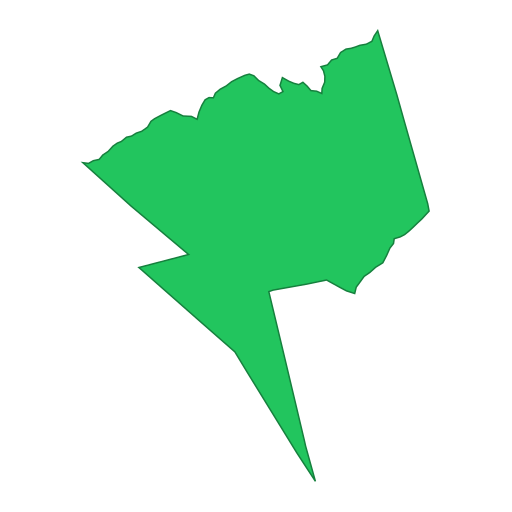 Italva, Rio de Janeiro, Brazil
{"feature_id": "56859067B48628253116757", "entity_name": "Italva", "entity_type": "district", "adm_level": 2, "iso_a3": "BRA", "parent_name": "Brazil", "parent_adm1": "Rio de Janeiro", "projection": "orthographic", "projection_center": [-41.653, -21.457], "detail": "fine", "context": "isolated", "style": "filled", "palette": "green", "viewbox_px": 512, "rotation_deg": 0, "n_neighbors": 0, "source": "geoboundaries", "source_scale": "gbopen_adm2", "svg_char_len": 1403}
<svg xmlns="http://www.w3.org/2000/svg" viewBox="0 0 512 512"><path d="M138.9,267.5L201.9,323.0L234.9,351.9L247.4,372.5L296.8,452.8L315.4,481.3L305.6,446.1L304.4,440.7L290.7,383.1L282.4,348.3L268.8,291.6L273.1,290.1L307.3,284.0L326.5,280.0L340.5,287.7L346.5,290.9L354.7,293.5L356.2,287.2L359.3,283.0L364.1,276.4L370.0,272.3L375.7,267.2L382.8,262.8L386.6,255.5L389.9,248.1L393.5,243.5L394.2,238.7L400.2,236.9L404.6,234.6L409.4,230.7L414.4,226.0L417.7,222.8L422.0,218.8L425.1,215.4L429.1,211.1L427.7,203.7L404.7,122.8L396.9,95.0L377.7,30.7L374.2,35.9L371.9,41.3L366.3,44.2L359.9,45.3L355.4,47.0L351.1,48.3L346.0,49.1L340.6,52.5L337.2,58.3L331.6,60.0L327.5,64.9L320.9,66.7L323.5,70.8L324.9,76.4L324.7,82.2L322.1,88.4L321.8,93.5L316.6,91.2L310.9,90.6L307.1,86.1L302.9,82.3L298.8,84.6L293.8,83.3L288.8,81.2L282.4,77.6L280.0,85.4L283.0,91.6L278.8,93.9L273.6,91.6L268.9,88.2L264.5,84.1L258.6,80.5L253.9,75.8L249.3,74.1L244.9,75.3L237.5,78.6L231.6,81.7L226.3,85.9L220.2,89.2L215.4,93.2L213.4,97.8L209.0,97.6L205.1,99.8L201.9,105.2L199.0,112.1L197.1,119.3L191.4,116.4L183.1,116.0L176.2,112.6L170.5,110.6L165.0,113.3L160.8,115.4L154.6,118.7L151.0,121.3L147.6,127.1L141.7,131.3L136.3,133.1L131.5,136.1L126.5,137.2L121.3,141.5L117.3,143.1L113.0,146.1L108.2,151.4L102.8,155.0L99.2,159.4L93.3,160.7L88.5,163.4L82.9,162.7L131.1,206.1L188.6,254.5L138.9,267.5Z" fill="#22c55e" stroke="#15803d" stroke-width="1.5"/></svg>